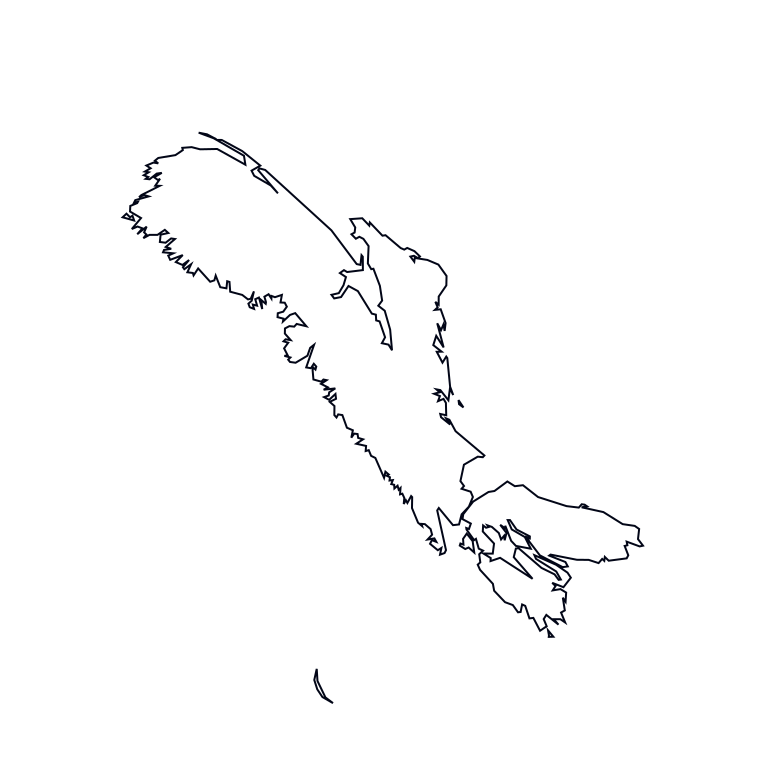 map outline of Nova Scotia (Equal Earth projection), rotated 74°
{"feature_id": "CAN-685", "entity_name": "Nova Scotia", "entity_type": "Province", "adm_level": 1, "iso_a3": "CAN", "parent_name": "Canada", "parent_adm1": "", "projection": "equal_earth", "projection_center": [-62.958, 45.228], "detail": "fine", "context": "isolated", "style": "outline", "palette": "ink", "viewbox_px": 768, "rotation_deg": 74, "n_neighbors": 0, "source": "natural_earth", "source_scale": "10m", "svg_char_len": 6169}
<svg xmlns="http://www.w3.org/2000/svg" viewBox="0 0 768 768"><g transform="rotate(74 384 384)"><path d="M284.2,298.8L297.4,294.1L306.4,296.9L315.0,307.3L322.8,309.6L319.2,312.0L325.1,311.3L326.8,314.6L327.8,308.9L342.4,308.0L349.7,311.1L343.1,310.4L347.9,314.3L340.3,316.1L365.3,316.6L352.1,320.5L360.2,325.9L368.8,319.7L367.6,324.4L379.6,321.9L374.8,316.6L376.5,316.0L404.8,321.2L413.7,320.5L406.6,321.9L417.4,326.6L405.4,331.5L403.6,335.1L407.3,332.7L407.2,338.5L411.0,333.6L415.4,336.8L414.7,330.9L419.2,329.7L431.2,332.8L428.3,338.2L431.7,338.3L441.2,331.6L434.2,333.7L436.4,331.0L449.1,328.2L480.4,307.2L481.6,309.2L479.7,313.9L483.6,329.4L498.4,337.3L504.1,335.2L506.1,338.3L511.4,330.4L517.1,329.7L525.3,336.2L530.7,345.3L539.7,350.6L538.7,356.6L518.3,365.5L520.2,367.7L560.8,370.2L563.2,372.4L563.5,377.2L557.4,374.0L558.6,378.1L550.3,383.8L547.3,381.0L550.2,377.2L546.3,378.1L545.5,385.0L542.1,379.3L536.3,379.2L530.0,383.3L528.8,386.5L531.1,386.5L526.7,389.5L511.0,391.3L500.5,388.1L499.2,388.8L504.8,394.3L501.7,395.0L504.8,398.1L499.1,395.9L494.5,396.6L494.5,399.0L488.5,396.8L489.7,399.0L485.5,399.0L487.3,402.8L483.7,402.0L482.2,404.6L478.8,402.0L478.3,405.3L475.3,404.0L472.8,406.8L472.3,404.4L468.7,406.8L474.2,409.8L452.7,412.7L449.5,416.2L443.4,416.9L443.4,420.1L438.6,418.3L433.8,427.1L431.4,419.4L428.7,423.7L424.8,423.2L423.5,426.3L426.6,430.2L419.9,426.7L415.8,431.7L402.4,432.6L400.6,436.4L403.1,438.9L400.2,440.3L391.5,437.7L386.2,441.1L385.0,434.2L380.2,433.4L384.1,441.1L380.1,445.2L379.8,440.3L376.9,439.0L374.8,432.0L372.9,443.6L371.7,438.9L366.5,444.5L364.5,438.1L363.0,441.0L364.5,443.6L360.2,450.6L351.0,448.8L348.7,447.4L351.2,445.9L348.6,444.3L345.2,445.9L348.7,449.9L346.6,454.2L327.0,440.4L328.9,445.0L335.7,449.8L339.2,463.1L336.9,468.3L334.2,469.4L332.7,466.7L329.5,472.0L329.9,468.7L322.2,470.2L317.9,464.7L315.3,468.8L313.9,466.3L316.1,461.6L308.2,465.4L303.3,463.9L302.3,459.0L304.1,454.5L302.2,451.4L307.1,442.7L291.4,449.8L291.7,455.3L296.1,463.9L293.5,462.6L290.4,467.9L286.7,466.6L286.7,460.9L282.9,456.1L278.5,457.0L277.1,461.0L270.2,457.6L270.5,464.9L268.3,467.9L270.8,468.7L265.9,470.2L267.1,474.9L272.8,474.9L274.3,475.6L269.5,478.8L278.4,480.4L266.4,480.4L267.0,484.4L273.7,484.4L271.5,488.2L276.0,488.2L273.2,491.9L269.4,492.2L267.5,488.2L259.1,483.5L265.3,488.6L265.2,491.4L259.3,495.7L252.9,506.4L243.3,504.4L242.0,506.4L248.6,509.1L245.8,514.7L233.4,515.9L237.6,518.5L237.8,522.9L221.7,530.8L227.1,537.1L224.6,537.1L222.4,542.2L215.7,536.4L218.6,544.3L216.3,545.1L211.1,537.2L214.0,544.9L209.4,550.5L204.6,541.9L205.7,555.3L201.1,556.0L200.3,550.5L196.5,560.1L194.5,558.5L195.4,551.3L192.1,556.0L187.0,545.0L185.4,548.5L188.0,555.0L185.7,560.3L178.9,557.6L179.4,549.7L175.4,552.2L178.2,560.6L176.0,568.3L177.5,575.1L174.8,571.2L172.1,572.8L167.3,568.8L172.0,579.9L167.8,573.3L164.7,577.5L165.5,583.7L157.5,571.8L148.2,580.6L142.9,578.8L142.1,571.4L141.0,570.3L140.8,574.3L138.7,572.4L138.8,558.5L136.3,562.4L136.9,568.0L135.5,565.1L131.7,545.0L130.3,549.2L125.0,542.7L125.7,545.0L121.9,548.0L119.8,539.4L119.1,544.5L122.6,552.9L121.1,556.5L120.0,553.6L117.1,557.4L115.6,551.8L113.9,555.3L112.3,548.9L108.5,552.2L107.6,544.5L109.7,540.2L106.2,542.7L104.5,538.7L106.5,521.4L103.7,512.9L101.4,512.8L103.3,503.6L107.7,496.1L112.1,479.6L135.0,456.8L126.0,455.7L103.2,477.7L104.7,472.7L121.0,456.1L140.0,442.7L142.4,452.5L148.1,451.4L162.0,438.1L171.5,433.4L143.8,446.0L142.4,444.3L145.5,439.2L221.8,392.2L261.2,377.2L263.0,373.8L254.0,370.1L255.8,369.3L268.7,372.9L266.2,388.6L263.5,391.1L265.2,395.8L270.7,391.1L277.9,395.7L284.2,402.4L283.8,409.9L288.0,408.3L288.6,401.3L280.0,391.1L287.5,383.5L313.0,376.3L315.1,372.7L320.7,374.0L322.6,371.0L339.4,370.1L344.2,374.8L347.4,368.8L353.8,367.0L333.4,363.1L313.8,363.1L307.2,367.9L303.3,362.8L288.5,360.9L270.3,362.4L270.1,364.6L263.7,366.3L247.2,360.8L238.8,363.8L235.7,367.1L236.6,371.0L231.1,374.0L230.3,370.5L225.6,368.5L216.2,371.0L218.7,359.2L227.7,354.5L224.8,353.1L241.0,344.6L241.4,341.5L257.9,330.5L260.4,327.5L259.6,324.2L264.7,318.1L271.3,314.3L272.3,316.7L269.0,319.9L268.8,323.5L274.8,321.2L271.3,319.7L276.7,308.1L284.2,298.8ZM640.4,318.1L632.0,321.1L627.1,327.8L613.1,335.1L606.1,334.4L589.1,342.9L583.5,343.7L582.0,340.6L573.9,339.4L571.5,334.7L568.4,338.3L558.2,338.3L558.9,340.4L546.6,344.8L545.1,344.6L546.8,342.3L542.1,339.0L535.5,345.8L531.0,343.7L521.6,330.7L516.6,313.3L517.3,307.3L511.7,292.3L518.3,286.4L519.6,278.3L535.1,267.1L551.7,242.2L556.5,230.8L554.1,227.1L555.3,224.4L557.6,222.5L557.0,228.0L567.6,208.4L584.5,193.2L589.5,182.1L593.7,178.7L603.1,182.6L610.8,179.6L610.6,183.0L602.4,194.2L606.1,194.5L606.0,197.3L616.0,196.4L618.5,198.8L615.8,216.7L611.1,219.4L614.7,221.0L612.3,222.5L615.3,227.1L609.5,235.7L606.1,247.1L593.9,270.9L594.5,272.5L605.1,258.7L610.0,257.6L609.3,262.7L591.7,281.4L575.7,287.7L570.8,288.7L572.6,286.4L570.7,285.8L560.4,296.7L549.5,300.4L548.9,302.6L559.0,301.3L569.9,290.8L582.8,288.3L576.0,301.8L569.8,305.0L553.7,306.5L556.1,307.3L551.4,311.1L560.9,307.3L567.5,311.1L563.0,310.4L565.7,314.3L558.9,314.7L551.1,319.7L548.4,323.5L550.3,322.8L550.3,325.5L547.3,327.7L553.0,329.7L567.7,322.2L577.0,326.2L574.4,335.1L580.7,329.4L583.6,330.4L583.1,320.3L612.2,294.9L586.2,307.0L578.5,302.6L578.9,299.9L604.2,283.3L614.0,272.5L620.4,270.1L620.7,267.9L611.7,270.1L594.0,286.1L590.0,286.6L605.2,268.4L615.9,259.6L621.7,257.8L628.8,267.5L621.5,277.1L625.5,274.8L628.9,278.7L629.8,270.9L634.7,266.4L643.4,269.5L638.7,271.0L651.5,272.6L652.5,276.8L663.2,275.6L658.7,279.3L656.9,285.6L663.4,282.6L650.7,291.6L654.0,295.3L661.7,294.4L664.2,302.0L650.0,304.9L649.4,308.8L636.2,309.4L634.0,312.0L640.8,315.5L640.4,318.1ZM559.5,342.1L570.9,343.7L564.5,347.7L565.0,351.4L560.2,355.7L558.4,354.5L560.3,351.9L554.7,350.7L550.6,345.7L559.5,342.1ZM669.1,526.7L676.7,521.0L667.9,529.5L659.1,532.3L649.3,532.6L639.3,527.2L651.1,529.8L669.1,526.7ZM153.7,582.2L152.9,579.4L158.0,579.1L151.7,589.3L149.3,584.6L153.7,582.2ZM95.2,485.3L102.6,477.6L91.3,492.9L95.2,485.3ZM672.5,295.3L671.0,294.7L666.1,294.2L673.6,290.9L672.5,295.3ZM420.0,316.8L428.4,314.1L424.1,317.4L420.0,316.8Z" fill="none" stroke="#020617" stroke-width="2"/></g></svg>